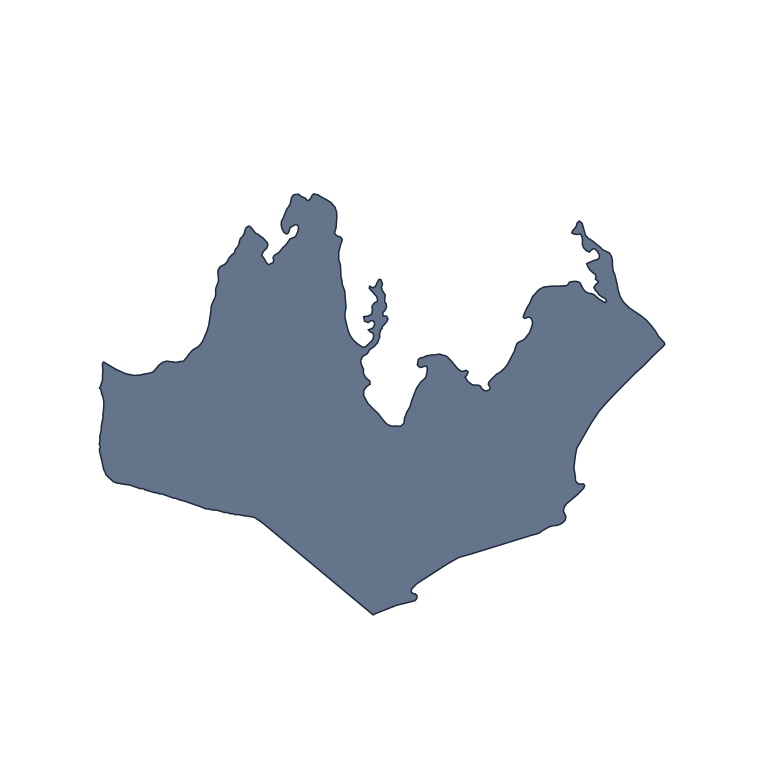 Cidade De Inhambane, Inhambane, Mozambique, rotated 41°
{"feature_id": "85939544B19302565001464", "entity_name": "Cidade De Inhambane", "entity_type": "district", "adm_level": 2, "iso_a3": "MOZ", "parent_name": "Mozambique", "parent_adm1": "Inhambane", "projection": "mercator", "projection_center": [35.448, -23.874], "detail": "fine", "context": "isolated", "style": "filled", "palette": "slate", "viewbox_px": 768, "rotation_deg": 41, "n_neighbors": 0, "source": "geoboundaries", "source_scale": "gbopen_adm2", "svg_char_len": 6170}
<svg xmlns="http://www.w3.org/2000/svg" viewBox="0 0 768 768"><g transform="rotate(41 384 384)"><path d="M172.0,573.8L173.4,573.6L178.1,577.1L179.7,577.7L183.4,580.4L186.1,583.4L190.0,588.5L192.1,592.0L194.1,593.6L194.7,595.1L198.0,600.9L200.8,604.2L203.6,609.5L205.0,611.5L206.3,612.3L208.6,616.3L211.0,617.2L212.2,620.2L213.6,621.5L221.6,627.2L226.8,631.2L229.2,632.8L231.3,633.5L233.5,634.8L236.5,635.2L243.8,635.3L247.6,633.9L249.6,632.4L251.1,631.8L258.7,626.9L267.8,623.3L269.8,622.1L271.2,620.7L272.9,620.7L282.4,616.4L284.4,614.9L286.6,614.3L288.4,612.8L300.0,608.2L301.9,606.9L306.0,605.5L309.8,603.5L315.0,601.4L327.2,596.5L331.4,595.2L333.4,593.5L336.9,591.8L341.0,588.7L348.2,585.5L349.6,584.1L353.2,582.7L354.9,581.2L358.1,579.8L359.4,578.3L366.6,574.2L368.1,572.8L369.8,572.2L371.3,570.8L374.7,569.5L383.5,568.5L527.3,565.4L528.2,562.9L538.5,543.1L549.5,527.3L549.6,524.6L547.8,522.0L545.1,521.9L543.2,523.2L541.1,523.1L539.8,521.4L539.4,519.8L539.8,513.0L549.9,478.2L554.1,466.1L563.0,452.3L594.3,401.8L597.4,397.4L599.1,394.2L599.7,390.9L602.3,383.6L604.0,380.9L607.6,376.8L609.3,373.7L610.0,370.5L610.0,367.7L608.5,364.9L606.2,363.6L602.8,362.4L601.0,359.1L600.3,355.0L602.5,341.0L603.1,331.7L602.1,329.0L600.2,328.5L596.5,331.8L593.3,331.7L591.7,331.1L589.4,328.6L582.1,322.4L575.2,312.1L571.6,305.9L566.1,278.0L564.2,263.5L564.2,251.6L565.0,234.3L566.5,211.9L567.9,199.7L568.7,185.4L569.6,176.0L569.9,174.7L570.0,170.1L568.5,168.9L559.7,167.9L554.6,166.1L548.1,164.7L539.6,163.6L532.8,163.9L519.1,165.6L511.1,165.1L504.6,163.0L499.0,159.4L493.6,155.1L485.8,149.6L485.1,149.5L482.1,147.7L478.5,144.5L475.1,140.6L472.0,138.5L468.1,137.2L460.8,139.2L457.6,138.9L446.6,139.3L442.8,140.0L438.4,139.5L428.1,132.7L424.4,132.9L424.1,135.9L425.5,138.4L425.8,140.8L425.7,144.4L426.7,146.9L429.6,145.9L432.1,144.1L433.8,141.9L436.4,142.7L439.3,145.1L442.3,148.7L445.5,150.3L449.3,150.7L452.5,149.7L452.6,147.1L453.2,144.5L454.6,143.8L457.8,143.9L461.7,145.2L463.5,147.1L463.5,149.6L461.1,153.5L458.0,160.2L461.2,161.9L464.6,162.8L469.1,163.0L471.6,162.5L473.4,163.9L474.9,166.3L478.2,165.9L479.0,167.4L478.5,170.3L479.0,173.3L482.0,174.7L484.9,174.8L487.7,175.6L491.5,175.3L494.5,174.5L497.2,175.1L497.8,177.3L495.7,178.0L492.3,178.4L490.6,178.9L483.9,178.8L481.5,179.5L479.1,181.2L475.1,182.1L471.9,181.6L466.3,179.3L464.8,179.0L461.4,180.6L458.8,183.2L457.2,185.2L457.1,185.7L457.6,187.8L457.3,189.9L452.6,194.6L446.3,200.2L440.9,206.1L439.0,211.1L438.8,220.7L441.2,228.1L441.7,231.8L442.6,235.1L444.4,240.7L445.3,242.3L447.3,242.1L448.1,240.4L449.5,238.4L451.7,237.9L455.0,239.3L457.2,242.3L460.1,249.6L460.6,258.1L460.3,259.4L458.3,263.7L457.8,266.3L459.3,270.5L460.9,273.8L464.2,287.7L464.6,292.3L464.2,297.1L463.3,301.0L462.5,302.3L461.8,313.2L462.8,315.8L465.5,316.7L467.0,317.5L467.2,319.4L466.1,321.5L464.0,323.2L460.5,323.2L457.9,322.3L456.3,322.8L451.3,326.7L445.5,327.0L440.7,325.6L440.8,322.9L439.5,319.6L436.8,319.9L435.8,321.9L434.0,323.8L429.2,324.1L420.2,322.5L413.4,322.0L410.9,322.8L408.5,324.2L406.4,324.8L403.2,328.7L400.5,331.3L397.4,335.1L396.3,338.0L394.4,340.3L393.8,342.9L396.6,347.7L398.6,348.1L400.8,347.6L403.9,342.7L406.2,343.5L408.9,347.3L411.1,351.4L411.0,355.1L410.4,358.2L411.3,365.9L415.7,378.1L418.5,384.1L419.8,390.7L422.0,396.5L424.9,400.6L424.2,405.2L420.9,407.6L418.0,410.3L416.4,411.3L412.1,412.4L406.5,411.7L399.5,410.2L391.3,409.8L384.6,409.2L376.2,406.1L372.9,402.1L372.7,397.0L373.7,393.3L371.3,391.0L366.5,391.3L361.4,389.5L358.9,386.3L354.5,384.3L351.1,381.9L349.8,377.4L351.4,372.4L351.3,370.2L350.7,368.0L351.3,364.8L352.0,362.5L352.1,357.0L349.8,351.0L348.3,349.8L346.2,345.8L346.1,343.1L345.0,341.8L345.3,339.9L345.2,335.0L344.4,332.3L341.5,331.1L338.6,333.1L336.2,330.9L336.5,328.3L335.6,324.4L332.8,321.9L330.9,321.8L328.5,318.9L326.5,315.9L322.2,314.8L318.8,313.1L317.3,309.6L313.5,307.3L311.6,308.1L312.2,311.6L313.5,316.1L312.3,318.9L309.0,319.6L310.1,321.5L320.9,322.8L323.9,324.6L324.8,326.5L323.5,328.8L323.9,333.2L327.0,336.2L328.8,339.3L327.4,343.2L324.5,346.5L327.9,349.3L331.8,348.1L332.3,345.4L333.8,343.6L335.8,343.6L338.0,345.5L338.9,349.0L336.7,353.4L339.5,353.8L342.5,352.8L344.8,354.7L346.4,357.9L346.3,361.9L345.6,368.3L343.6,370.3L338.6,371.0L333.2,371.1L328.2,370.1L324.0,368.4L320.1,366.0L311.4,359.9L308.3,356.4L305.0,351.0L293.3,339.5L287.3,336.3L284.7,333.8L281.0,331.1L273.2,322.9L268.3,319.8L263.3,314.1L259.5,306.7L258.7,303.8L257.2,302.0L254.4,301.6L252.0,302.9L248.6,303.0L247.2,301.7L245.2,297.3L238.9,289.0L235.7,285.5L231.0,282.7L224.9,281.8L219.8,282.6L212.4,284.3L210.4,284.4L206.3,286.5L206.0,288.8L206.8,291.8L206.7,294.6L205.5,296.0L202.9,295.3L198.1,296.8L195.2,296.8L194.9,297.3L194.5,297.3L192.4,299.5L191.5,301.2L192.0,304.3L195.0,309.4L195.7,313.1L195.9,316.0L198.9,324.6L199.9,328.6L202.2,331.6L205.1,333.7L208.9,335.2L211.4,335.0L212.5,334.0L212.6,332.2L210.5,327.3L211.1,326.4L211.1,325.8L212.6,321.9L214.2,321.0L215.2,320.9L217.1,322.4L218.8,325.2L219.8,328.0L220.3,330.7L219.9,333.1L219.3,333.3L217.8,336.2L218.7,342.9L218.2,347.3L218.4,352.8L218.2,354.5L216.8,358.7L217.3,361.4L219.4,362.9L220.7,364.8L218.7,369.6L217.8,369.8L214.5,369.2L211.5,368.0L207.3,367.1L206.0,363.1L206.4,358.4L205.3,355.4L203.1,353.8L196.0,353.1L195.1,353.5L191.9,353.5L188.1,354.4L179.9,352.9L178.3,353.6L177.5,355.5L177.7,357.9L179.9,362.6L180.2,364.8L180.6,365.3L180.1,368.3L181.1,370.9L182.8,373.9L183.5,376.3L183.5,379.6L184.2,381.5L185.0,382.6L184.8,385.6L184.5,385.6L184.4,386.1L184.3,390.3L185.4,394.8L185.3,398.5L184.0,400.9L183.3,403.5L184.1,407.1L186.4,409.9L189.3,412.4L192.0,415.6L193.3,419.8L194.8,423.1L197.4,425.8L199.5,428.8L201.4,435.4L202.9,439.2L205.2,442.1L213.1,454.5L215.4,459.6L218.1,467.5L219.3,472.1L219.5,476.2L218.8,479.7L217.8,481.8L217.8,482.7L217.2,484.2L217.2,490.4L217.6,492.3L217.7,497.9L217.0,499.4L215.6,500.3L214.8,501.7L211.8,505.0L210.1,505.7L208.7,506.9L204.9,509.4L202.9,512.6L201.7,517.5L201.9,522.0L201.7,526.7L199.5,530.2L196.5,533.7L194.3,536.9L189.8,541.5L182.1,545.8L172.4,548.7L158.0,551.3L158.0,553.0L159.5,554.9L163.6,558.9L165.1,561.2L168.9,565.5L171.7,572.4L172.0,573.8Z" fill="#64748b" stroke="#1e293b" stroke-width="1.5"/></g></svg>